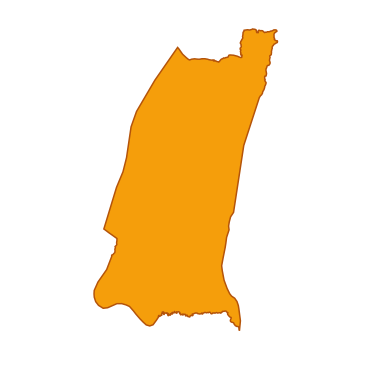 Hinherb, Vientiane, Laos (Mercator projection), rotated 167°
{"feature_id": "54806243B70207385851148", "entity_name": "Hinherb", "entity_type": "district", "adm_level": 2, "iso_a3": "LAO", "parent_name": "Laos", "parent_adm1": "Vientiane", "projection": "mercator", "projection_center": [102.194, 18.65], "detail": "fine", "context": "isolated", "style": "filled", "palette": "amber", "viewbox_px": 384, "rotation_deg": 167, "n_neighbors": 0, "source": "geoboundaries", "source_scale": "gbopen_adm2", "svg_char_len": 5731}
<svg xmlns="http://www.w3.org/2000/svg" viewBox="0 0 384 384"><g transform="rotate(167 192 192)"><path d="M73.2,329.4L73.1,329.8L73.1,330.3L73.3,330.7L73.9,331.1L75.6,331.5L76.0,331.5L77.4,331.0L78.6,331.0L79.1,331.1L80.3,330.8L81.0,330.8L82.5,331.2L83.5,330.9L83.8,330.9L84.5,331.2L85.3,331.0L85.7,331.4L86.8,333.0L87.1,333.3L88.7,333.8L89.4,333.8L90.0,334.4L90.4,334.5L90.8,334.5L91.2,334.2L91.4,333.8L91.5,332.7L91.6,332.4L91.9,332.4L92.5,332.8L92.9,332.7L93.0,332.8L93.1,333.2L93.0,333.9L93.1,334.4L93.0,335.4L94.2,336.5L95.1,336.6L96.0,337.2L96.4,337.2L96.8,337.0L97.1,337.0L98.7,336.9L99.6,336.9L101.3,337.6L104.9,337.9L105.0,337.8L105.1,337.3L105.3,336.8L106.1,336.3L106.6,335.4L106.7,334.5L107.0,334.0L107.1,333.5L107.8,332.1L107.8,330.9L108.2,330.2L109.3,329.1L109.8,328.4L110.5,327.8L110.9,327.1L111.3,326.6L111.4,325.8L111.1,325.1L111.0,324.5L111.2,324.0L111.2,322.8L111.9,321.7L112.6,321.4L112.9,320.6L112.9,320.2L112.5,319.7L112.5,319.4L112.5,319.2L113.1,318.4L113.2,318.0L113.2,317.5L113.1,316.9L113.4,316.2L113.2,315.5L113.6,314.8L113.5,314.5L113.3,314.3L112.6,314.2L112.5,313.8L112.9,313.2L113.0,312.4L113.4,312.0L114.1,312.0L115.7,312.9L117.1,314.0L120.7,315.9L124.2,317.0L125.4,316.9L126.4,315.5L126.6,315.4L127.7,315.3L128.9,315.4L130.0,315.1L130.9,315.5L131.4,315.4L132.0,315.0L133.4,314.9L134.3,314.4L134.8,313.9L136.7,312.6L137.0,312.9L138.4,313.5L138.9,313.8L139.2,314.3L139.8,314.4L140.1,314.8L140.3,314.8L140.8,314.7L141.1,314.7L141.2,314.9L140.9,315.3L140.9,315.7L141.2,315.7L141.7,315.5L141.8,315.9L141.9,316.0L142.3,315.9L143.0,316.0L145.5,317.0L147.0,317.9L149.6,319.0L152.5,319.6L154.9,319.7L156.8,320.2L159.5,321.2L162.5,321.5L164.6,321.2L165.6,321.9L167.3,324.1L170.2,328.4L172.6,334.4L173.5,336.1L203.0,309.3L227.9,283.0L236.7,269.2L248.1,240.1L254.7,227.2L264.5,213.5L286.2,175.8L281.9,170.7L275.6,163.6L276.2,161.1L276.7,160.2L277.0,158.9L277.0,158.0L277.2,157.6L277.9,156.9L278.4,156.6L279.2,156.2L279.2,154.8L280.0,153.7L280.2,152.1L280.8,150.4L281.0,150.2L281.9,149.7L283.1,148.8L284.3,148.6L284.6,148.1L284.7,147.3L292.6,135.6L303.9,125.4L309.4,118.1L310.4,114.7L310.9,111.4L310.5,106.8L308.6,102.6L304.7,98.7L300.2,98.2L290.3,100.1L285.5,99.0L281.6,96.8L278.6,94.5L275.8,89.3L274.2,85.8L271.2,80.1L268.9,76.3L266.5,72.8L263.3,71.0L259.8,71.4L255.6,75.0L253.0,77.5L252.6,77.8L252.8,78.1L252.4,78.9L252.2,79.1L251.9,79.1L251.8,78.5L251.3,78.2L250.8,78.3L250.1,78.7L249.3,78.7L249.2,79.8L248.9,80.2L248.3,80.1L248.1,80.3L248.0,80.9L248.2,81.4L247.9,81.7L247.5,81.5L246.9,81.6L246.5,81.2L246.4,80.7L247.3,80.4L247.6,80.1L247.0,79.1L246.8,79.0L246.5,79.2L246.5,79.7L246.3,80.1L245.4,80.0L245.0,79.9L244.5,80.1L244.2,80.0L244.1,79.6L243.6,79.7L243.1,79.5L242.9,79.2L243.3,78.5L243.2,77.5L243.2,77.2L243.0,76.9L242.7,76.9L242.6,77.1L242.8,77.6L242.2,78.2L241.7,77.2L241.0,76.9L240.7,77.0L240.5,77.8L240.3,78.2L239.2,77.6L238.5,77.6L238.3,78.0L238.8,78.6L238.7,78.9L238.3,79.1L236.8,78.2L236.5,78.5L236.4,79.1L236.0,79.4L235.2,78.2L234.3,77.4L234.0,77.4L233.9,77.5L234.1,78.5L233.8,78.7L233.3,78.3L232.2,78.4L231.8,78.3L231.5,77.7L231.0,77.3L231.0,77.1L231.4,76.3L231.2,76.0L230.6,75.9L230.5,75.7L230.5,74.9L229.3,74.9L228.6,75.1L228.4,75.1L228.4,74.9L228.6,74.4L228.5,74.2L228.0,74.5L227.1,74.6L226.1,74.3L225.9,74.0L226.1,73.4L226.2,73.0L226.1,72.8L225.8,72.6L225.4,72.6L224.9,73.0L224.6,73.1L224.3,72.8L224.2,71.9L223.8,71.4L223.1,71.3L222.6,70.8L222.4,70.8L222.1,70.9L221.6,71.7L221.2,71.9L220.5,71.8L219.4,71.4L219.0,71.5L218.8,71.7L218.8,72.0L219.3,72.6L219.3,72.8L219.1,73.0L217.9,72.9L217.1,73.2L216.3,73.2L215.7,73.3L215.2,73.1L214.4,73.0L214.3,72.9L214.0,72.3L213.3,72.1L212.4,71.5L211.7,71.5L210.7,71.3L210.4,71.3L210.0,71.7L209.8,71.5L209.7,71.1L209.4,70.8L208.8,71.0L208.5,71.6L207.6,71.5L207.1,71.7L206.6,71.8L205.9,71.5L205.1,71.0L204.0,71.1L203.5,70.8L203.3,70.7L202.8,70.9L201.7,70.9L201.4,70.6L200.9,69.3L200.3,68.9L199.8,68.9L199.2,69.4L198.5,69.2L197.7,69.3L197.0,68.8L196.4,68.8L195.4,69.0L195.1,69.0L194.8,68.8L194.5,68.4L194.3,68.3L192.3,68.2L191.5,67.8L191.2,67.5L190.9,67.6L190.5,68.1L189.7,68.2L189.1,68.8L188.3,68.7L187.8,68.5L186.7,68.6L185.7,68.3L185.5,68.0L185.4,67.5L184.7,66.8L184.2,66.2L184.7,65.6L184.8,65.3L184.7,64.5L183.9,62.8L183.2,61.7L182.9,61.4L182.3,61.1L182.1,60.7L182.5,59.7L183.0,59.2L183.5,58.2L183.6,57.8L183.5,57.1L182.9,56.5L182.4,56.1L181.4,55.6L181.0,55.3L180.8,54.9L180.6,53.6L180.2,52.9L179.9,52.1L179.7,51.8L179.2,51.6L178.7,51.0L177.3,50.5L177.0,50.1L176.8,49.3L177.1,47.7L177.0,46.1L173.8,55.6L172.6,67.7L172.4,71.0L172.8,75.1L174.3,78.9L176.9,81.7L178.2,84.5L179.5,90.2L180.6,98.9L180.2,108.6L179.7,113.5L176.3,121.3L172.1,130.6L170.5,134.6L168.5,140.0L164.4,146.8L164.0,150.6L162.4,154.5L160.0,159.1L156.1,162.8L131.1,225.7L105.2,268.8L103.7,270.3L102.3,271.1L101.3,272.2L101.0,272.6L100.8,273.3L100.5,273.8L98.9,275.5L97.8,277.3L97.4,278.5L96.5,279.5L95.6,280.9L95.4,281.3L95.2,282.2L95.5,282.5L96.0,284.1L95.5,284.8L95.5,285.2L95.8,285.8L95.5,286.4L95.4,287.7L95.1,288.3L94.7,288.5L94.0,288.3L93.7,288.5L92.8,290.4L92.7,291.0L92.6,293.8L92.5,294.2L92.1,295.4L91.4,296.2L90.7,297.5L90.4,297.9L90.2,298.1L89.6,298.3L88.7,298.1L87.4,299.2L87.1,299.6L86.8,300.4L86.8,301.7L86.9,302.3L86.9,302.8L86.3,304.4L85.8,305.3L85.7,305.7L85.7,307.0L85.3,307.4L84.3,307.7L83.8,308.2L83.1,310.3L83.0,311.1L82.6,311.8L82.3,312.7L81.6,313.7L81.3,315.1L81.1,315.4L80.6,316.1L79.8,316.5L79.1,317.3L78.9,317.5L77.9,317.7L76.6,318.2L75.6,318.4L75.3,318.5L75.0,319.0L74.8,319.7L75.0,320.2L75.9,320.3L76.4,321.0L76.9,321.3L77.4,322.0L77.4,322.3L77.0,323.1L77.1,323.4L77.4,323.9L77.4,324.2L77.1,324.7L77.1,325.5L76.8,326.2L76.7,327.1L76.4,327.6L76.1,328.0L75.7,328.5L75.1,328.6L74.2,329.1L73.2,329.4Z" fill="#f59e0b" stroke="#b45309" stroke-width="1.5"/></g></svg>